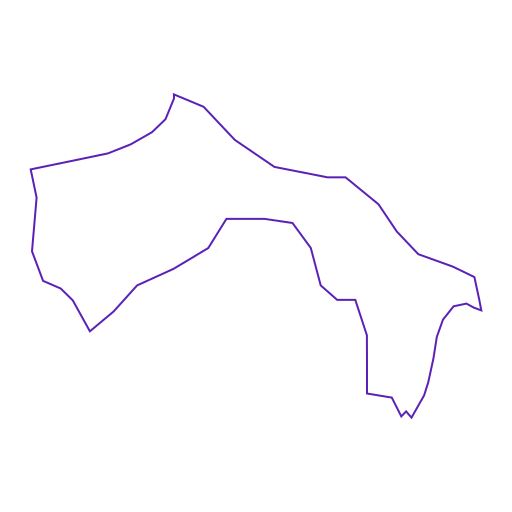 Debar, Natural Earth projection
{"feature_id": "MKD-2952", "entity_name": "Debar", "entity_type": "Statistical Region", "adm_level": 1, "iso_a3": "MKD", "parent_name": "North Macedonia", "parent_adm1": "", "projection": "natural_earth1", "projection_center": [20.605, 41.506], "detail": "fine", "context": "isolated", "style": "outline", "palette": "violet", "viewbox_px": 512, "rotation_deg": 0, "n_neighbors": 0, "source": "natural_earth", "source_scale": "10m", "svg_char_len": 741}
<svg xmlns="http://www.w3.org/2000/svg" viewBox="0 0 512 512"><path d="M89.9,331.3L72.8,300.4L60.7,288.5L43.1,280.9L32.0,251.3L36.6,197.6L30.7,169.4L107.9,153.4L130.8,144.3L152.1,132.1L165.5,119.2L174.0,98.5L173.9,94.4L203.6,106.8L234.8,139.9L274.4,166.9L327.3,177.3L345.5,177.3L378.5,204.3L396.7,231.4L418.3,254.2L453.0,266.7L474.4,277.1L479.3,299.9L481.3,310.4L473.8,307.6L466.4,303.6L453.6,306.3L443.0,319.6L436.8,336.9L433.5,358.1L428.3,382.1L424.1,395.4L411.5,417.6L406.1,411.4L401.3,416.4L391.8,397.6L367.0,393.5L367.0,366.5L366.9,335.3L355.3,299.9L337.2,299.9L320.7,285.4L310.8,248.0L292.5,223.0L264.6,218.9L226.4,218.9L208.3,248.0L173.6,268.8L137.1,285.4L113.7,311.4L89.9,331.3Z" fill="none" stroke="#5b21b6" stroke-width="2"/></svg>